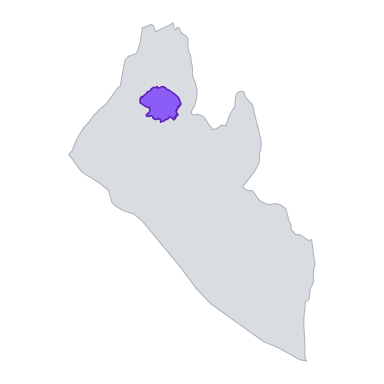 Belleh, Gbapolu, Liberia (highlighted)
{"feature_id": "62588387B94232483093280", "entity_name": "Belleh", "entity_type": "district", "adm_level": 2, "iso_a3": "LBR", "parent_name": "Liberia", "parent_adm1": "Gbapolu", "projection": "equal_earth", "projection_center": [-9.866, 7.529], "detail": "fine", "context": "in_parent", "style": "filled", "palette": "violet", "viewbox_px": 384, "rotation_deg": 0, "n_neighbors": 0, "source": "geoboundaries", "source_scale": "gbopen_adm2", "svg_char_len": 4275}
<svg xmlns="http://www.w3.org/2000/svg" viewBox="0 0 384 384"><path d="M68.9,154.5L72.0,150.9L76.7,139.3L83.3,128.2L89.3,121.6L94.2,114.8L99.3,109.6L106.6,103.6L117.8,87.6L120.4,85.7L122.2,74.7L125.0,60.6L128.3,56.3L135.9,53.7L137.7,51.2L140.4,41.3L142.1,29.8L142.3,27.3L145.3,27.0L150.4,24.5L153.4,25.6L154.7,28.9L155.3,31.7L170.9,24.5L172.2,23.0L173.1,23.3L175.0,29.8L176.1,29.4L177.1,27.5L178.1,27.3L179.3,28.2L180.5,31.2L182.5,33.9L185.9,35.9L188.0,38.5L187.8,45.4L188.6,52.2L190.1,53.7L190.8,57.7L191.2,62.2L192.0,64.5L192.6,68.9L192.3,73.7L192.9,77.1L195.4,82.9L197.0,90.2L197.0,95.4L196.1,100.9L194.4,105.9L191.5,111.3L191.3,113.4L193.0,114.8L195.6,115.1L197.8,114.0L203.3,116.5L206.2,120.1L208.7,124.5L211.0,126.8L212.0,129.6L215.9,128.8L220.5,126.1L221.4,124.8L222.8,125.5L225.7,125.8L227.7,120.9L229.4,115.4L232.9,109.3L234.6,107.0L235.1,103.1L235.3,98.2L236.5,93.8L239.4,91.5L242.6,91.5L244.3,92.4L245.1,96.6L247.7,99.8L249.8,101.9L251.0,102.9L252.8,105.3L254.5,113.8L261.2,141.0L260.9,148.5L259.6,153.4L259.5,158.3L259.1,163.0L255.0,170.8L242.9,186.7L243.8,188.1L246.7,189.9L249.7,190.9L252.1,190.4L255.1,194.3L258.4,199.3L261.9,201.9L266.8,204.2L271.2,204.5L274.9,203.6L280.2,204.6L285.8,208.7L287.7,215.6L289.1,221.5L291.0,224.6L291.3,229.7L295.3,234.2L300.9,235.2L308.3,240.5L310.1,240.2L310.9,239.5L311.8,240.5L313.7,255.9L315.1,264.0L314.4,267.3L313.4,269.9L313.4,282.3L310.1,289.4L309.5,297.2L308.6,299.7L305.1,302.0L305.0,308.0L304.1,315.2L303.7,322.9L304.8,343.1L305.0,358.1L306.6,361.0L299.6,359.7L279.3,348.2L263.7,341.7L211.2,304.1L196.7,289.0L179.9,266.6L142.6,221.4L134.1,214.2L123.4,210.7L116.8,206.8L112.1,202.7L108.3,190.2L99.0,182.7L81.8,172.1L68.9,154.5Z" fill="#d9dde1" stroke="#a8b0b8" stroke-width="1"/><path d="M181.0,104.0L180.9,103.9L180.7,103.3L180.0,101.8L179.9,101.1L179.7,100.4L179.3,99.3L179.1,99.0L178.8,98.4L178.2,97.6L177.8,96.8L176.7,95.8L175.9,95.2L174.9,94.4L174.7,94.2L173.9,93.4L173.3,93.3L173.2,93.2L172.6,92.8L172.6,92.7L171.9,92.2L169.7,90.6L169.0,90.1L168.7,90.0L167.0,89.4L166.8,89.2L165.0,87.4L164.1,86.9L163.7,86.7L163.1,86.7L162.2,86.6L161.9,86.6L161.4,86.9L160.4,87.4L160.1,87.6L159.7,87.8L159.3,87.8L158.6,87.8L157.8,87.9L157.8,87.7L157.7,87.6L157.7,87.2L157.5,86.7L156.8,86.7L156.7,86.7L156.5,87.1L156.4,87.5L156.0,87.5L153.8,87.5L153.5,87.5L153.4,87.4L151.6,88.6L151.6,89.4L150.8,89.4L151.0,90.0L150.4,90.7L149.4,91.3L147.8,91.5L146.9,92.2L146.4,93.3L146.3,93.5L146.1,94.0L144.4,94.9L142.6,97.1L142.0,97.7L141.5,96.7L141.3,96.9L140.9,97.3L140.1,98.9L140.1,100.1L139.9,100.2L140.1,102.6L140.9,103.6L142.4,104.0L144.4,105.9L146.6,106.8L148.1,107.5L149.5,107.4L149.2,108.0L149.5,108.7L150.3,109.2L149.5,111.8L147.0,114.1L146.2,114.9L146.8,115.8L146.9,116.4L147.2,116.4L147.5,116.1L148.2,116.1L149.2,116.0L149.2,116.3L150.1,116.0L151.3,115.7L151.7,115.8L152.7,116.8L152.8,117.3L152.9,117.8L153.5,117.8L153.7,118.4L153.9,118.9L154.5,119.1L155.0,119.3L156.0,119.6L157.3,119.3L158.0,119.2L158.6,118.3L159.5,119.1L160.1,119.3L160.5,120.4L160.5,120.7L160.5,121.1L160.6,122.1L160.9,122.0L163.4,121.2L164.2,120.7L164.8,120.3L165.4,119.7L166.2,119.7L167.4,119.1L168.1,118.9L168.9,117.6L169.8,116.9L170.5,117.0L172.5,118.5L173.7,119.8L173.8,119.6L174.0,119.1L174.3,118.8L174.3,118.5L174.8,118.3L175.0,118.2L175.1,118.3L175.1,118.2L175.1,117.9L174.7,117.9L174.8,117.7L175.1,117.7L175.4,117.7L175.5,117.3L175.5,117.1L175.4,116.9L175.6,116.9L175.6,117.0L175.7,117.3L175.6,117.5L175.8,117.6L175.9,117.4L175.9,117.2L176.0,116.8L175.9,116.6L176.0,116.5L176.1,116.2L175.8,116.3L175.7,115.9L175.8,115.8L176.3,115.5L176.8,115.7L177.0,115.1L177.4,115.2L177.5,115.3L178.0,114.9L177.9,114.8L177.8,114.7L177.6,114.6L177.2,114.5L177.2,114.4L177.1,113.9L177.3,113.8L177.4,113.6L177.1,113.3L177.0,113.2L176.7,113.0L176.8,112.8L176.7,112.4L176.6,111.7L176.0,111.2L176.3,111.0L176.3,110.7L176.2,110.5L176.3,110.4L176.6,110.3L176.7,109.8L176.7,109.7L176.8,109.7L177.0,109.5L177.3,109.5L177.4,109.3L177.6,109.0L177.9,108.8L177.9,108.7L177.8,108.4L177.7,108.0L177.4,107.8L177.5,107.7L178.1,107.3L178.0,107.2L178.0,106.9L178.1,106.6L178.6,106.3L178.7,106.2L179.0,105.9L179.5,106.4L179.7,106.2L179.6,105.6L179.8,105.3L179.9,105.2L180.2,105.1L180.2,104.8L180.2,104.7L180.5,104.5L181.0,104.0Z" fill="#8b5cf6" stroke="#5b21b6" stroke-width="1.5"/></svg>